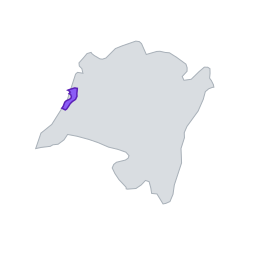 Budva highlighted on a map of Montenegro, rotated 75°
{"feature_id": "MNE-1499", "entity_name": "Budva", "entity_type": "Municipality", "adm_level": 1, "iso_a3": "MNE", "parent_name": "Montenegro", "parent_adm1": "", "projection": "equal_earth", "projection_center": [18.879, 42.272], "detail": "fine", "context": "in_parent", "style": "filled", "palette": "violet", "viewbox_px": 256, "rotation_deg": 75, "n_neighbors": 0, "source": "natural_earth", "source_scale": "10m", "svg_char_len": 1635}
<svg xmlns="http://www.w3.org/2000/svg" viewBox="0 0 256 256"><g transform="rotate(75 128 128)"><path d="M110.8,34.5L110.6,35.9L111.0,39.9L112.9,43.9L119.8,47.9L129.8,55.9L141.7,70.6L147.1,74.9L152.0,76.0L161.5,82.1L168.2,83.6L175.6,85.3L195.0,98.0L203.7,101.7L209.9,106.5L210.6,111.0L210.4,113.8L199.2,117.1L197.3,122.1L191.9,121.5L185.3,121.5L183.2,124.7L186.4,129.9L188.5,136.0L186.9,144.4L186.3,145.5L184.7,145.2L175.5,150.1L168.7,152.4L162.5,153.6L159.5,151.2L158.1,148.0L158.3,138.8L157.2,135.7L155.0,134.2L150.8,136.3L145.9,143.5L141.4,151.8L134.5,160.5L128.9,168.8L122.8,179.3L118.6,188.0L122.9,192.9L125.6,199.7L124.8,204.9L125.6,207.8L124.3,216.8L124.0,222.5L110.4,213.4L104.8,200.7L85.0,179.3L62.4,164.7L61.2,162.4L62.4,159.6L63.5,157.4L58.8,157.2L55.5,159.0L52.4,158.5L48.8,153.0L45.5,148.3L45.4,144.1L46.9,143.6L49.2,141.9L53.9,137.3L54.9,134.9L54.7,131.2L48.0,119.6L47.1,112.0L46.1,98.0L47.5,94.7L50.0,93.1L61.7,91.3L61.5,80.4L62.2,77.2L64.6,72.6L66.1,68.5L72.5,62.6L81.3,55.5L85.1,55.3L88.5,56.3L92.3,62.3L96.4,61.6L97.3,54.3L91.9,44.7L89.0,38.6L89.9,35.3L91.9,33.5L96.5,34.6L101.0,36.3L103.8,35.2L108.3,34.3L110.8,34.5Z" fill="#d9dde1" stroke="#a8b0b8" stroke-width="1"/><path d="M91.7,186.8L91.4,186.2L90.2,184.9L86.7,182.4L85.7,180.6L85.1,176.9L84.3,175.3L83.1,174.6L81.5,174.6L80.2,175.2L79.6,176.1L79.2,175.5L78.6,175.0L78.4,174.5L77.0,175.3L76.3,175.8L75.9,176.3L75.8,175.7L75.6,172.5L75.5,169.0L76.3,167.4L76.6,166.7L79.4,167.7L81.4,168.5L84.2,169.1L86.8,171.3L87.5,173.3L88.0,174.8L89.5,177.5L91.9,180.1L93.8,182.4L94.3,183.9L91.7,186.8L91.7,186.8Z" fill="#8b5cf6" stroke="#5b21b6" stroke-width="1.5"/></g></svg>